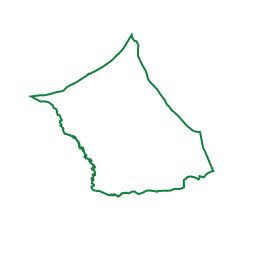 Nasarawa, Nassarawa, Nigeria (Equal Earth projection), rotated 135°
{"feature_id": "59680162B9133954487337", "entity_name": "Nasarawa", "entity_type": "district", "adm_level": 2, "iso_a3": "NGA", "parent_name": "Nigeria", "parent_adm1": "Nassarawa", "projection": "equal_earth", "projection_center": [7.947, 8.329], "detail": "fine", "context": "isolated", "style": "outline", "palette": "green", "viewbox_px": 256, "rotation_deg": 135, "n_neighbors": 0, "source": "geoboundaries", "source_scale": "gbopen_adm2", "svg_char_len": 4658}
<svg xmlns="http://www.w3.org/2000/svg" viewBox="0 0 256 256"><g transform="rotate(135 128 128)"><path d="M86.4,64.6L81.0,72.6L79.9,74.0L82.7,77.5L84.1,80.8L84.8,88.6L84.3,96.4L83.9,99.8L84.2,107.0L84.6,109.4L83.7,114.5L83.9,116.8L83.8,117.4L82.4,121.6L81.0,130.6L80.1,134.3L79.8,146.2L78.9,149.2L76.1,153.8L75.0,156.1L73.2,162.8L70.2,171.4L69.0,173.1L66.5,175.2L65.1,176.8L61.9,179.3L61.5,181.1L60.7,183.2L61.9,185.4L61.4,188.3L59.5,191.3L73.2,187.9L75.0,187.6L79.3,187.1L81.4,187.2L82.2,186.9L83.4,187.3L89.9,187.2L90.7,187.2L96.5,188.0L102.9,189.2L109.3,190.9L115.7,193.0L117.2,193.5L117.5,193.6L117.4,194.1L120.6,194.2L125.4,195.4L127.0,195.8L130.5,196.4L133.9,197.4L138.3,198.9L142.6,200.2L147.1,200.0L148.6,200.6L151.1,202.4L152.7,203.6L157.2,206.0L163.6,209.9L164.7,211.0L167.0,213.3L174.2,218.8L171.2,208.7L167.6,205.1L165.9,202.3L165.4,198.6L165.1,197.8L165.3,196.8L165.9,195.9L166.5,194.8L166.0,193.9L165.5,192.9L165.4,191.9L165.6,191.2L166.1,190.9L166.5,189.6L167.0,189.6L167.5,189.2L168.2,187.5L168.4,187.0L167.7,186.1L167.4,185.3L167.8,184.7L167.8,183.9L168.2,183.2L168.6,182.4L168.9,180.7L169.2,180.3L169.8,180.2L170.4,180.7L171.3,181.0L171.8,180.5L172.3,180.2L172.3,179.6L172.3,178.6L173.1,177.0L173.4,176.9L174.0,177.3L174.0,175.9L174.0,173.9L174.2,173.2L174.6,173.1L175.0,172.6L175.3,172.4L175.8,172.2L175.8,171.5L175.9,171.2L176.2,170.7L176.5,170.0L176.5,169.2L176.6,168.7L176.7,168.2L176.3,167.8L175.8,167.6L175.4,167.2L175.3,166.0L175.0,164.9L174.7,164.6L174.1,164.2L173.8,163.6L173.9,162.5L173.5,161.9L172.3,161.0L172.2,160.6L172.4,160.1L172.7,159.9L173.3,160.0L173.6,159.9L173.5,159.5L173.4,159.4L171.9,159.1L171.7,158.4L172.5,157.9L172.7,157.1L172.6,156.6L172.5,156.2L172.6,155.9L172.9,155.6L173.0,155.3L172.8,155.0L172.7,154.6L172.8,154.3L173.0,154.1L173.1,153.7L172.9,152.7L173.0,152.3L173.5,152.4L173.8,152.0L174.0,151.4L173.8,151.2L173.8,150.7L174.0,150.5L174.7,150.1L175.3,150.1L175.5,149.9L175.4,149.3L175.7,148.9L176.2,148.4L176.3,148.0L176.2,147.2L175.9,146.8L175.7,147.0L175.6,147.5L175.3,147.8L174.8,147.6L174.5,147.2L174.1,146.5L174.0,145.9L174.5,145.3L174.5,144.3L174.6,144.0L174.9,143.9L175.2,144.0L175.6,144.5L175.8,144.5L176.1,144.1L176.1,143.6L175.8,142.9L175.8,142.2L176.0,141.7L176.4,141.4L176.6,140.8L176.9,140.4L177.2,139.9L177.0,139.3L176.7,139.0L176.5,138.5L176.6,138.3L176.9,138.2L177.1,138.0L177.4,138.2L177.8,138.6L178.1,138.7L178.6,138.6L178.8,138.4L179.2,138.3L179.4,138.1L179.3,137.9L178.8,137.7L178.7,137.4L178.6,137.1L179.0,136.9L179.2,136.7L179.3,136.4L179.2,136.1L178.7,136.0L178.4,135.7L178.2,135.1L178.2,134.2L178.2,133.7L177.9,133.2L177.2,133.0L176.6,132.2L176.8,131.8L176.9,131.1L177.1,130.5L177.3,130.4L177.6,131.6L177.9,131.7L178.1,131.4L178.0,130.9L178.1,130.7L178.4,130.8L178.6,131.3L178.9,131.5L179.0,131.2L178.8,130.5L178.9,129.8L179.2,129.1L179.0,128.5L178.7,127.8L178.8,127.4L178.6,126.6L178.3,126.0L178.4,125.8L178.7,125.8L179.1,126.1L179.4,125.9L179.6,125.6L179.8,125.0L179.6,124.4L179.3,124.2L179.0,123.9L179.1,123.6L179.2,123.4L179.5,123.5L179.8,124.1L180.4,124.5L180.9,124.0L181.4,124.2L181.9,124.9L182.4,125.1L182.5,124.8L182.2,123.8L181.8,123.0L181.8,122.7L182.3,122.6L182.2,122.0L182.2,121.0L182.9,119.6L184.6,118.0L185.2,118.5L184.9,119.7L186.0,120.0L186.4,119.3L186.3,118.5L187.9,117.3L189.1,118.2L189.7,117.9L188.9,116.2L189.6,115.5L190.8,116.1L191.6,115.0L192.6,114.5L192.2,111.9L192.9,111.3L195.3,112.4L196.2,111.2L196.5,108.6L194.2,105.0L192.9,103.9L190.8,98.7L189.3,94.5L188.9,93.6L188.2,93.6L187.9,93.4L187.7,92.7L186.9,92.9L186.8,92.7L186.6,92.3L186.3,92.3L186.2,92.1L186.2,91.9L186.5,91.6L186.5,91.1L186.0,90.8L185.7,90.8L185.4,91.0L184.9,91.0L184.8,90.7L184.5,90.7L184.5,90.1L184.2,89.8L184.0,89.3L184.1,88.8L183.6,88.0L183.6,87.7L183.8,87.4L183.8,87.1L183.6,86.6L183.3,86.5L183.2,86.8L182.7,86.3L182.4,86.2L181.9,86.2L181.7,86.3L181.5,86.2L181.3,85.9L180.7,85.9L180.1,86.0L179.9,86.1L179.7,86.0L179.3,86.0L179.1,86.1L178.9,86.2L178.7,86.0L178.4,86.0L178.3,85.7L178.1,85.7L177.4,85.5L177.2,85.1L176.8,84.8L176.2,84.4L175.8,84.0L175.6,83.5L175.4,83.5L175.1,83.1L174.9,82.9L174.7,83.1L174.6,82.9L174.5,82.5L174.3,82.2L174.1,81.5L173.9,81.4L170.2,80.1L168.1,78.4L168.0,76.3L167.2,73.9L164.7,72.4L158.8,70.3L156.5,68.1L152.2,62.1L151.5,62.3L145.2,56.8L145.1,56.2L142.0,53.7L141.4,53.2L140.2,52.8L139.5,52.7L138.5,52.2L137.3,51.3L135.0,48.7L134.1,48.0L130.5,46.4L129.5,47.1L127.6,49.5L125.3,51.7L122.2,51.1L121.1,51.4L118.0,49.6L117.6,48.7L115.9,46.4L114.4,41.7L113.7,41.8L112.2,42.5L111.4,43.3L109.3,39.6L105.2,39.9L103.0,39.4L99.9,38.3L98.2,37.2L96.4,41.7L90.2,56.8L89.3,59.8L88.9,60.6L87.6,62.8L86.7,64.3L86.4,64.6Z" fill="none" stroke="#15803d" stroke-width="2"/></g></svg>